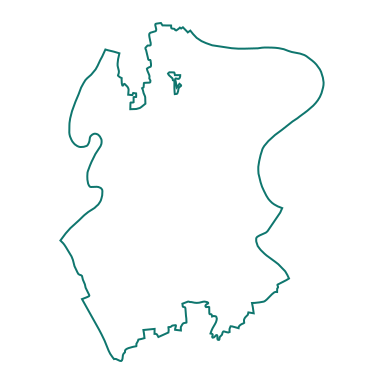 Nam Truc, Nam Định, Vietnam (Mercator projection)
{"feature_id": "81297802B82332241258399", "entity_name": "Nam Truc", "entity_type": "district", "adm_level": 2, "iso_a3": "VNM", "parent_name": "Vietnam", "parent_adm1": "Nam Định", "projection": "mercator", "projection_center": [106.206, 20.335], "detail": "fine", "context": "isolated", "style": "outline", "palette": "teal", "viewbox_px": 384, "rotation_deg": 0, "n_neighbors": 0, "source": "geoboundaries", "source_scale": "gbopen_adm2", "svg_char_len": 5848}
<svg xmlns="http://www.w3.org/2000/svg" viewBox="0 0 384 384"><path d="M105.4,49.5L102.2,56.5L100.2,60.2L97.6,65.8L95.6,69.4L91.2,74.7L87.2,78.2L85.4,80.1L83.5,83.2L81.1,87.6L78.6,94.3L75.5,101.6L72.0,111.2L70.2,118.3L69.5,123.0L69.4,125.5L69.3,132.6L69.5,134.3L70.0,136.4L71.3,139.5L72.3,141.4L73.9,143.4L75.0,144.5L77.2,146.0L78.8,146.7L80.1,147.0L81.1,147.0L83.8,146.8L86.7,145.9L87.6,145.1L88.7,143.2L89.4,141.1L89.9,137.7L90.4,136.4L91.6,135.2L92.3,134.6L93.3,134.1L94.1,133.8L94.9,133.7L95.9,133.8L97.2,134.2L98.3,134.8L99.9,136.5L101.4,139.4L101.6,140.8L101.6,142.2L101.4,143.9L100.5,146.2L95.4,154.0L91.5,161.9L89.9,165.7L87.9,171.1L87.5,172.6L87.3,176.2L87.4,179.6L88.1,183.6L88.9,185.4L89.8,186.6L90.9,187.0L96.7,186.8L98.4,187.0L100.3,187.8L101.1,188.3L102.1,189.6L102.3,190.4L102.4,191.4L102.2,195.3L101.5,198.2L100.8,200.5L100.1,201.8L98.3,204.5L96.3,206.3L94.5,208.0L88.5,211.8L84.5,215.0L83.3,216.1L79.1,220.2L70.4,228.1L65.7,233.4L60.4,240.5L63.1,243.2L64.3,244.7L65.9,247.1L71.5,256.4L72.9,259.9L74.5,266.2L77.4,272.3L78.3,273.9L78.8,274.3L79.7,274.8L81.2,275.3L82.0,276.0L82.9,279.7L84.9,284.4L85.6,287.7L89.1,294.8L89.3,295.6L89.1,296.0L88.8,296.3L86.7,297.3L82.0,299.1L99.1,329.7L101.6,334.5L104.6,340.7L108.6,350.6L110.2,353.8L112.4,357.0L114.0,359.1L114.6,358.9L116.0,359.0L119.8,360.8L121.1,361.0L121.9,360.4L122.5,358.8L122.9,355.3L123.2,354.5L123.7,353.5L124.9,352.4L125.1,350.5L125.6,349.7L126.9,348.8L128.5,348.1L132.8,346.9L136.3,346.2L136.4,345.8L136.4,343.8L137.8,341.3L138.4,339.6L141.6,338.9L144.5,338.1L144.0,333.8L143.4,330.0L154.6,328.9L154.5,333.9L155.9,333.9L157.0,334.5L158.4,337.0L168.4,332.5L168.7,330.0L168.4,327.2L168.6,327.1L170.2,327.0L170.8,326.8L172.0,325.8L172.8,325.5L175.3,325.2L175.6,325.2L175.9,325.4L175.9,326.2L175.1,328.9L175.1,329.8L180.9,330.5L180.8,327.8L180.9,326.9L182.3,324.4L183.3,323.3L184.3,323.0L186.1,322.7L186.4,322.6L186.5,322.3L186.3,318.3L186.0,316.0L185.4,308.2L185.0,307.4L182.9,306.7L182.7,306.2L182.4,303.7L188.0,301.6L188.7,301.6L189.8,302.0L191.6,302.1L194.5,302.7L196.7,302.9L199.2,302.7L203.2,301.7L204.7,301.6L207.1,302.1L208.1,302.7L208.2,303.1L208.0,303.5L206.8,304.1L206.0,304.8L205.6,305.3L205.4,306.0L205.6,306.6L206.1,307.1L208.8,306.9L209.2,307.2L209.3,313.0L209.5,313.9L209.9,314.2L211.0,314.2L211.6,314.6L212.0,315.7L212.1,316.5L213.7,316.0L215.6,316.3L216.1,316.6L216.4,317.1L216.8,318.6L216.6,320.1L216.0,322.1L215.1,323.9L212.6,328.2L211.5,330.6L210.5,333.5L212.1,333.9L212.6,334.4L212.7,335.1L212.2,336.7L212.4,337.4L212.6,337.6L213.6,337.5L214.3,337.1L215.7,335.6L216.3,335.1L217.0,335.2L217.4,336.0L217.4,338.8L217.7,339.6L218.3,339.9L219.0,339.9L219.4,339.4L219.6,337.4L219.8,337.0L222.0,334.7L222.6,332.5L223.2,331.6L223.8,331.4L226.7,332.2L228.3,332.5L229.6,332.0L229.5,329.7L229.6,328.7L230.6,326.3L232.1,326.4L238.6,328.2L238.8,326.7L239.6,325.6L240.7,324.7L242.1,323.9L243.6,323.3L244.2,322.8L244.0,321.2L244.0,319.9L244.3,319.0L244.8,318.0L245.5,317.1L247.8,314.8L248.4,312.4L253.7,313.3L252.8,307.1L252.0,303.0L254.7,302.9L259.3,302.4L263.8,301.6L265.1,300.9L266.8,299.5L271.9,294.3L274.2,292.4L275.5,291.9L277.1,292.0L277.2,288.6L278.0,287.5L278.0,286.7L277.4,285.0L277.6,284.6L286.2,280.2L289.0,278.5L287.3,274.9L285.2,271.3L278.3,264.2L275.2,261.8L266.6,255.5L264.5,253.7L260.9,250.2L259.6,248.6L257.7,246.0L256.3,241.7L256.2,240.7L256.2,238.5L256.5,237.7L257.3,236.8L259.7,235.4L265.3,232.9L266.2,232.4L267.6,231.1L280.2,212.6L282.2,208.1L277.8,206.4L274.2,204.4L272.0,202.8L269.8,200.6L268.3,198.8L266.3,195.6L263.9,190.8L262.0,186.6L260.6,182.3L258.5,173.6L258.3,170.1L258.3,166.8L259.2,161.1L260.6,155.0L261.8,151.2L262.2,149.8L262.7,148.5L264.2,146.0L268.4,141.0L275.0,135.0L282.0,129.8L292.5,121.5L297.5,118.2L299.5,116.6L307.3,110.8L313.2,105.7L315.7,103.0L317.8,100.3L319.9,96.9L321.5,93.2L323.1,87.4L323.5,85.0L323.6,82.5L322.9,77.7L321.1,71.9L319.8,69.3L316.4,64.6L314.4,62.5L312.2,60.6L306.4,56.2L304.5,55.1L300.1,53.6L291.8,52.0L288.3,50.9L283.8,49.2L278.9,48.2L275.5,47.8L271.6,47.6L265.1,47.5L262.0,47.7L257.9,48.3L243.2,48.7L238.8,48.7L231.6,48.2L212.2,45.3L206.0,43.1L201.5,41.1L196.7,37.9L193.1,34.1L190.3,30.6L187.8,32.4L187.2,31.7L182.9,27.3L181.1,28.5L179.9,27.6L178.6,28.8L176.3,30.4L175.8,30.3L175.3,30.1L174.6,29.1L174.1,28.8L172.4,28.6L171.5,28.3L171.2,27.7L171.1,25.5L162.5,25.4L160.9,23.0L156.7,23.6L155.6,23.9L155.3,24.6L155.3,25.3L156.2,29.1L156.2,29.9L155.8,31.0L155.2,31.3L150.5,32.7L149.7,33.3L149.3,34.0L149.2,35.0L149.4,36.9L150.2,40.9L150.7,43.0L150.7,44.9L150.2,45.4L149.8,45.5L147.6,45.5L145.7,47.5L145.4,48.0L145.5,48.9L146.1,50.2L148.3,59.5L148.7,59.9L150.2,60.0L150.5,60.4L151.0,64.0L151.0,65.8L150.6,66.7L148.6,67.5L147.2,68.4L146.9,68.8L147.4,70.7L149.2,75.0L149.5,76.3L149.3,78.4L150.4,80.5L150.3,82.0L150.0,82.4L149.6,82.6L145.3,82.8L144.2,82.9L143.9,83.1L143.6,87.2L143.3,87.6L142.1,88.2L142.9,90.1L143.6,93.1L144.9,96.1L145.2,97.2L145.4,103.7L141.2,107.1L139.8,108.0L136.2,109.0L130.3,109.2L130.4,104.8L130.5,102.8L130.8,102.5L133.0,102.5L133.6,102.2L133.6,97.3L133.8,97.1L136.1,96.9L136.2,95.6L136.1,93.4L133.2,93.0L132.3,95.1L128.2,94.7L128.6,89.7L128.3,88.3L127.4,86.7L124.7,84.0L124.4,83.9L124.1,84.0L122.8,85.6L122.3,85.4L121.8,83.3L121.6,79.7L121.7,78.1L119.7,77.1L118.0,75.6L118.1,75.0L118.6,73.7L118.8,72.8L118.9,71.1L117.8,66.6L117.6,65.6L117.6,63.5L118.1,59.1L119.4,53.3L114.0,51.7L107.4,50.1L105.4,49.5ZM174.9,75.1L180.2,75.1L180.2,76.2L179.8,77.7L179.0,78.7L178.6,78.9L178.0,78.9L176.2,78.5L175.7,78.5L175.2,79.1L175.2,79.9L175.7,81.4L176.7,87.4L179.5,83.8L180.8,84.9L181.1,85.6L181.0,85.9L179.3,87.3L178.6,88.3L178.4,89.1L178.1,91.2L177.3,93.5L176.7,93.9L174.8,94.1L174.6,92.1L174.4,88.1L174.4,82.2L174.2,80.5L172.9,80.2L172.6,78.7L172.2,78.1L169.4,75.6L168.6,74.7L168.0,73.6L168.8,72.7L169.4,72.3L174.0,72.4L174.5,73.0L174.9,75.1Z" fill="none" stroke="#0f766e" stroke-width="2"/></svg>